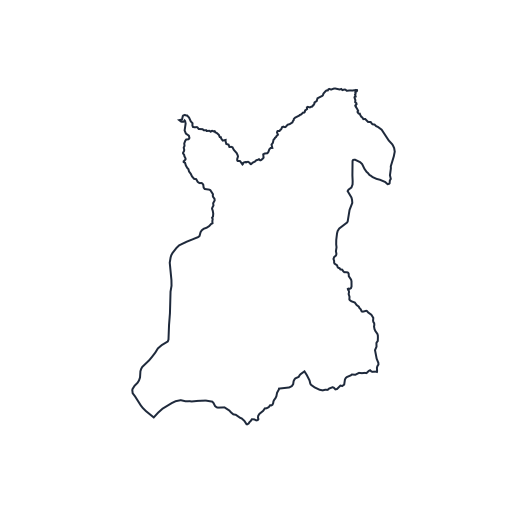 the district of Bobonaro, Bobonaro, East Timor, rotated 333°
{"feature_id": "22284137B12808122576881", "entity_name": "Bobonaro", "entity_type": "district", "adm_level": 2, "iso_a3": "TLS", "parent_name": "East Timor", "parent_adm1": "Bobonaro", "projection": "robinson", "projection_center": [125.346, -9.042], "detail": "fine", "context": "isolated", "style": "outline", "palette": "slate", "viewbox_px": 512, "rotation_deg": 333, "n_neighbors": 0, "source": "geoboundaries", "source_scale": "gbopen_adm2", "svg_char_len": 6136}
<svg xmlns="http://www.w3.org/2000/svg" viewBox="0 0 512 512"><g transform="rotate(333 256 256)"><path d="M420.2,153.3L419.1,153.2L418.8,152.9L417.4,152.5L414.3,150.9L411.9,150.0L411.2,148.4L410.3,147.8L408.3,147.4L407.8,145.9L406.1,145.6L402.6,142.7L401.5,142.2L398.5,141.8L397.1,140.4L396.2,140.4L395.1,141.1L393.9,140.5L392.9,140.7L389.8,141.9L388.9,142.9L387.9,143.4L382.4,143.4L380.4,145.5L378.0,145.7L377.5,146.1L377.3,146.7L375.4,147.9L374.9,147.7L373.7,148.4L372.5,148.0L371.5,148.1L369.8,146.6L368.8,146.7L368.2,148.3L365.8,148.6L365.0,149.7L364.1,150.1L363.1,149.6L360.4,150.4L359.0,150.2L358.6,150.5L353.6,150.5L351.9,151.1L351.2,152.1L350.2,152.5L349.1,153.5L345.9,153.8L343.8,153.4L340.8,154.5L339.6,153.9L339.2,153.2L337.8,153.0L335.9,154.6L335.1,154.6L333.7,155.3L332.1,154.5L331.6,154.6L330.8,155.5L330.6,157.9L328.6,158.5L327.9,159.1L326.6,159.3L325.9,159.9L324.5,160.3L322.4,162.8L320.4,163.8L319.6,167.1L318.0,166.4L316.3,167.0L314.3,168.9L312.8,169.6L310.1,168.6L308.6,168.7L307.4,171.8L306.6,172.2L304.4,172.8L303.5,172.8L303.0,172.4L302.6,171.1L301.5,171.2L299.8,170.8L297.8,171.4L295.7,171.3L293.2,171.9L292.9,171.7L292.6,170.0L291.7,168.5L290.4,168.0L289.6,168.1L289.3,167.5L288.0,167.2L286.7,167.2L286.1,168.1L285.5,168.3L284.9,164.3L284.5,163.9L282.9,163.1L282.7,162.6L282.8,161.9L283.5,160.8L285.1,159.2L285.4,158.0L285.5,155.5L284.4,151.3L284.4,148.5L283.5,147.5L281.8,146.8L282.1,144.3L280.4,142.7L281.0,139.8L281.6,138.8L278.8,138.1L278.4,136.3L278.4,134.9L278.6,134.2L277.7,133.6L277.9,131.2L276.9,128.6L275.8,127.2L276.0,126.3L275.6,125.8L274.7,125.7L274.0,124.7L273.2,124.4L272.1,124.7L271.3,123.3L268.8,122.2L268.8,121.4L266.5,120.2L266.0,118.8L262.6,116.8L262.2,114.8L261.8,114.3L260.0,113.6L258.4,112.4L258.6,110.8L259.7,108.9L259.0,106.4L259.2,102.3L258.4,99.5L257.7,99.2L256.6,98.0L255.0,97.8L254.3,98.1L252.1,100.8L249.3,100.1L250.4,102.4L252.1,103.4L253.1,103.3L253.9,102.8L254.1,103.6L253.4,106.1L249.4,111.7L249.1,115.1L250.8,118.3L250.3,120.5L249.7,121.1L248.6,121.3L246.7,120.5L245.3,121.2L243.2,123.1L242.3,125.4L240.8,126.6L240.2,128.9L239.4,129.9L237.9,130.9L237.6,131.5L237.9,133.3L237.5,134.6L237.5,137.1L237.0,138.0L234.5,138.8L234.2,139.5L235.1,140.8L234.6,143.4L234.7,146.1L235.2,147.9L234.7,150.3L235.2,153.2L235.1,156.0L235.9,159.2L237.6,160.4L237.7,163.5L238.5,165.0L239.1,165.6L240.4,166.1L241.0,166.8L241.4,168.4L240.4,171.3L240.7,173.0L244.4,175.6L245.2,176.6L245.7,181.4L244.8,182.8L244.6,183.8L245.0,186.2L244.4,187.7L241.8,189.5L241.0,191.7L239.0,193.1L238.3,193.9L238.0,196.1L237.1,198.9L235.6,201.3L234.2,202.0L234.2,203.4L233.0,205.0L232.1,207.1L230.5,207.1L227.9,208.1L224.9,208.4L221.8,208.0L219.3,208.5L217.4,209.6L214.8,212.5L213.3,212.9L200.7,211.8L192.4,211.6L188.8,212.7L183.0,215.4L180.8,216.9L179.2,218.6L176.1,222.8L169.7,239.1L167.2,244.2L163.7,248.9L153.3,268.0L147.3,277.8L140.1,290.7L138.6,292.1L131.6,292.6L126.6,293.8L122.5,296.3L117.5,298.7L113.5,300.4L104.3,303.2L102.5,304.4L100.7,306.2L97.5,311.6L95.2,313.8L92.9,315.2L88.9,316.5L85.7,318.4L84.9,319.3L83.8,322.3L84.5,326.2L85.5,336.8L86.1,339.9L87.5,344.2L91.6,353.4L97.8,351.1L103.5,349.6L114.3,348.8L118.5,348.9L123.5,350.3L127.2,353.4L131.2,355.4L132.6,356.4L138.4,358.7L145.6,362.0L150.9,365.9L151.4,367.7L151.4,371.2L152.3,373.0L153.2,373.8L159.2,376.6L162.1,381.6L162.7,383.9L163.9,386.8L165.9,388.3L168.4,393.0L169.5,394.2L170.8,397.7L171.2,401.6L171.7,402.0L173.4,401.9L174.9,401.0L176.2,400.7L178.2,399.6L180.3,400.8L181.6,402.6L183.0,403.0L184.1,402.4L184.3,401.0L185.4,399.4L187.4,398.2L192.1,397.2L194.7,395.8L196.0,396.4L197.5,396.5L198.8,396.4L200.9,395.4L201.8,396.1L203.1,396.0L204.4,395.0L205.6,393.4L206.8,392.5L208.8,391.5L210.5,390.2L212.7,387.4L215.8,385.3L216.3,384.6L225.9,388.2L228.8,388.2L230.9,387.1L232.7,384.6L234.3,383.4L235.5,382.9L239.1,383.1L241.0,381.9L242.3,381.5L246.8,380.8L247.2,385.1L247.2,391.2L246.4,394.5L246.6,395.9L248.6,399.7L251.9,404.0L254.4,406.0L257.0,406.6L259.1,407.8L261.0,407.3L264.7,407.7L265.6,408.8L266.2,410.9L267.8,411.3L272.4,409.8L273.8,411.0L276.2,410.6L279.2,406.4L280.7,405.4L282.0,405.1L286.3,405.4L287.6,405.1L290.6,406.9L294.7,406.9L297.2,408.5L299.8,409.5L301.3,410.5L304.3,409.6L305.8,409.6L306.4,411.3L307.1,412.0L310.2,413.4L311.1,414.2L311.6,413.6L313.0,410.5L314.1,409.3L315.8,408.3L316.5,406.8L316.9,402.2L319.3,393.9L322.2,391.5L323.7,388.4L324.1,387.9L325.9,387.0L327.6,384.0L328.5,382.1L328.8,380.5L328.3,377.1L328.4,374.9L329.2,372.3L330.1,371.2L330.8,369.5L330.6,368.3L330.9,366.9L332.4,364.4L332.1,360.7L330.3,357.2L329.9,355.5L329.4,354.9L326.3,354.2L325.4,353.8L325.0,353.3L325.1,351.1L324.5,349.0L324.6,347.8L323.4,345.4L322.9,342.3L320.4,339.6L319.5,337.8L319.5,337.0L320.8,334.8L321.3,331.9L322.5,330.4L322.9,329.2L322.7,327.8L322.9,327.0L323.6,327.0L324.6,327.8L325.9,327.8L326.6,327.2L327.3,326.5L329.6,321.9L330.0,320.2L329.5,316.2L330.5,313.9L330.5,312.7L329.7,311.8L327.3,310.5L326.8,309.2L326.6,307.3L325.1,306.3L324.9,304.7L324.0,304.0L323.7,302.8L324.0,301.1L322.5,298.4L322.6,297.4L323.4,295.8L323.7,293.8L325.2,292.4L327.4,291.9L328.1,291.3L328.7,290.4L329.4,288.0L331.7,284.8L332.7,282.1L334.8,278.1L338.5,272.6L340.1,270.8L342.6,269.3L352.4,267.5L353.4,266.8L360.3,257.4L365.9,252.4L367.1,249.5L367.6,247.2L367.1,239.8L368.5,238.9L372.1,238.3L374.5,236.1L376.0,233.4L378.5,227.9L385.2,215.1L386.2,214.5L387.9,215.1L391.4,219.7L392.3,222.3L392.2,227.5L392.7,231.2L393.4,232.9L393.9,235.4L394.7,236.5L395.7,238.6L398.4,242.0L401.0,244.3L404.7,248.7L405.9,251.8L407.3,252.1L408.0,251.9L409.6,249.4L411.1,248.5L412.0,244.9L416.0,239.1L416.8,237.3L424.0,229.8L427.0,226.0L428.1,222.5L428.2,219.6L428.1,218.3L426.7,213.3L425.3,200.5L423.2,196.3L422.0,194.9L421.3,192.7L419.8,191.7L419.3,190.7L419.0,188.7L416.7,187.4L415.5,183.5L413.8,182.8L413.6,180.8L413.0,179.7L412.9,177.2L413.1,176.3L412.1,175.7L411.8,174.0L412.1,173.4L412.9,173.1L412.9,170.5L412.6,168.0L413.0,167.8L412.9,166.9L414.5,166.4L414.8,165.4L414.2,164.0L415.3,162.2L415.7,159.5L416.3,158.9L417.2,159.1L417.6,157.0L418.4,156.7L418.8,155.2L420.4,155.0L421.1,154.6L421.3,154.0L420.2,153.3Z" fill="none" stroke="#1e293b" stroke-width="2"/></g></svg>